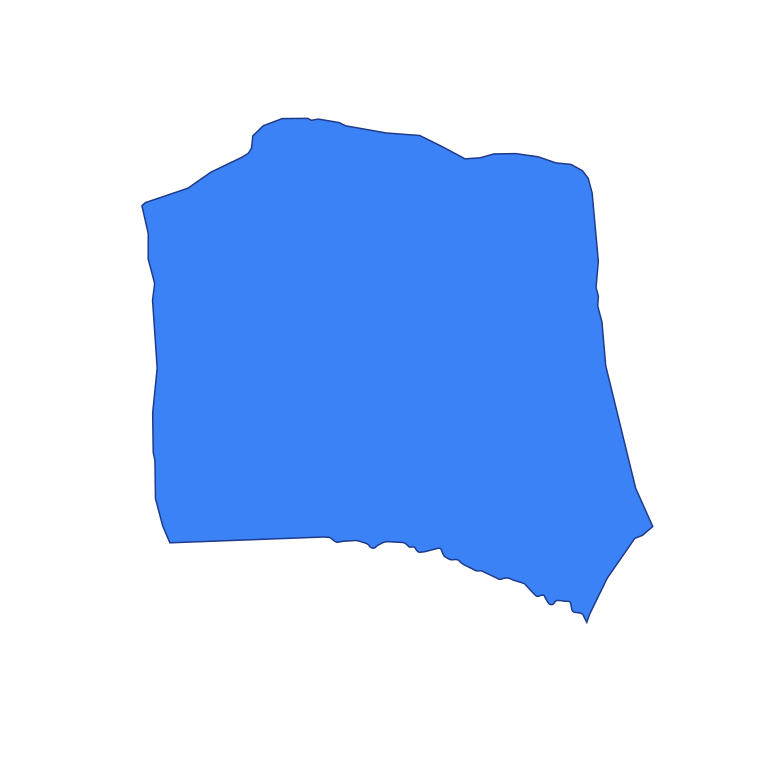 outline of San Pedro Necta, Huehuetenango, Guatemala, rotated 165°
{"feature_id": "79465075B78521623494839", "entity_name": "San Pedro Necta", "entity_type": "district", "adm_level": 2, "iso_a3": "GTM", "parent_name": "Guatemala", "parent_adm1": "Huehuetenango", "projection": "orthographic", "projection_center": [-91.759, 15.532], "detail": "fine", "context": "isolated", "style": "filled", "palette": "blue", "viewbox_px": 768, "rotation_deg": 165, "n_neighbors": 0, "source": "geoboundaries", "source_scale": "gbopen_adm2", "svg_char_len": 2571}
<svg xmlns="http://www.w3.org/2000/svg" viewBox="0 0 768 768"><g transform="rotate(165 384 384)"><path d="M571.7,618.9L572.8,590.3L579.4,565.9L579.5,540.5L585.9,524.8L599.0,458.0L614.9,416.0L624.6,377.8L625.1,369.2L634.4,332.5L634.5,304.1L631.9,286.0L480.9,251.6L480.1,251.1L478.5,250.7L477.0,250.2L476.0,249.5L475.1,248.6L473.9,247.1L472.9,245.6L472.1,244.7L470.6,243.4L469.5,243.0L467.1,242.9L463.8,242.6L455.7,240.9L452.2,240.3L450.0,239.4L448.6,238.6L445.7,236.7L443.1,235.1L441.7,234.0L440.8,232.9L440.3,232.0L439.4,230.0L438.5,229.1L437.1,228.2L435.7,228.1L434.9,228.2L433.1,229.2L431.6,229.8L429.6,230.3L425.9,231.1L423.9,231.2L421.9,230.9L420.6,230.5L418.0,229.7L415.6,228.9L410.6,227.3L407.1,226.1L405.5,225.3L404.7,224.5L403.9,223.4L402.9,221.8L402.2,220.5L401.5,219.9L400.7,219.6L399.1,219.3L397.6,219.0L397.1,218.6L396.6,218.1L396.2,217.0L395.8,215.7L395.3,214.4L394.7,213.3L393.8,212.6L392.8,212.1L390.4,211.8L388.5,211.5L385.9,211.4L380.9,211.4L374.0,211.3L372.8,211.0L372.1,210.4L371.8,209.9L371.4,208.1L371.3,206.4L370.8,203.3L370.3,201.9L367.0,198.4L365.0,197.0L363.6,196.5L360.7,196.1L359.2,195.6L357.8,194.7L356.9,193.5L356.3,192.1L355.4,190.9L354.2,189.4L351.2,186.7L346.7,182.7L344.1,180.3L342.7,179.4L341.1,179.0L339.4,178.8L338.2,178.2L336.9,177.2L333.3,174.1L326.8,168.6L325.0,167.1L323.4,165.6L322.8,165.3L321.5,165.2L319.3,165.3L316.0,165.0L314.7,164.6L313.2,163.8L311.8,162.7L309.6,160.9L302.0,156.2L300.0,154.7L299.1,153.2L294.3,143.9L292.1,140.2L291.1,139.3L290.2,139.0L287.2,139.2L285.3,139.0L284.4,138.6L284.0,137.9L283.9,137.2L283.5,135.6L282.9,132.9L281.8,129.7L281.2,128.6L280.2,127.8L279.0,127.5L278.1,127.5L277.3,127.7L276.4,128.3L275.0,129.5L273.9,130.1L272.9,130.1L271.9,129.9L270.8,129.4L269.5,129.1L268.2,128.5L266.8,127.9L265.8,127.4L263.7,126.8L261.7,126.2L261.2,125.8L260.6,125.0L260.5,124.1L260.5,122.3L260.9,119.1L260.9,117.1L260.6,115.7L259.9,114.9L259.1,114.2L258.0,113.7L255.5,112.8L253.5,111.8L252.5,111.0L251.7,110.1L251.3,108.9L251.1,107.4L250.6,104.9L250.0,102.1L249.8,101.3L245.2,108.1L218.6,138.7L181.7,170.0L173.5,170.9L161.3,176.8L167.9,218.2L165.1,344.3L157.4,387.6L157.4,404.0L154.2,413.3L154.2,422.3L145.2,447.1L133.5,514.7L133.5,529.7L137.1,538.6L146.5,547.7L160.8,553.1L176.0,563.4L196.9,572.4L218.4,577.8L232.5,577.6L247.4,580.5L267.1,598.9L285.2,614.8L317.2,626.0L354.2,643.3L359.8,648.2L378.9,656.9L385.8,657.5L389.1,660.4L413.6,666.7L433.8,664.7L446.5,657.6L450.8,646.3L455.1,642.1L461.6,640.0L496.5,633.4L522.7,623.9L567.5,621.0L571.7,618.9Z" fill="#3b82f6" stroke="#1e3a8a" stroke-width="1.5"/></g></svg>